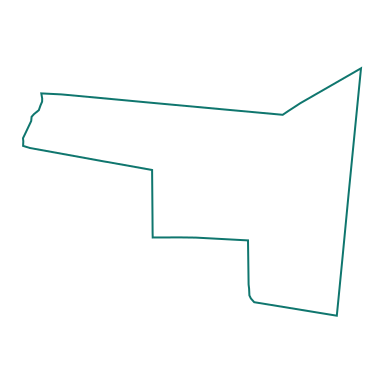 Afonso Bezerra, Rio Grande do Norte, Brazil
{"feature_id": "56859067B75768156452163", "entity_name": "Afonso Bezerra", "entity_type": "district", "adm_level": 2, "iso_a3": "BRA", "parent_name": "Brazil", "parent_adm1": "Rio Grande do Norte", "projection": "equal_earth", "projection_center": [-36.685, -5.484], "detail": "fine", "context": "isolated", "style": "outline", "palette": "teal", "viewbox_px": 384, "rotation_deg": 0, "n_neighbors": 0, "source": "geoboundaries", "source_scale": "gbopen_adm2", "svg_char_len": 634}
<svg xmlns="http://www.w3.org/2000/svg" viewBox="0 0 384 384"><path d="M23.1,145.9L29.9,148.0L104.9,161.6L107.4,162.0L152.1,170.0L152.5,217.7L152.6,232.4L152.7,237.5L179.8,237.4L195.8,237.6L242.2,240.1L248.0,240.4L248.6,284.5L249.1,288.8L249.4,295.4L250.9,298.5L254.2,302.2L318.4,312.7L336.8,315.7L338.8,295.5L342.6,256.7L348.5,195.1L361.0,68.3L300.3,103.2L291.1,109.2L288.3,111.0L282.7,114.8L223.5,109.4L145.2,102.2L124.0,100.2L64.7,94.7L61.3,94.4L41.3,93.4L42.2,98.6L42.1,101.7L40.5,105.4L38.8,110.2L34.0,114.1L31.6,116.8L31.2,121.0L25.0,134.1L23.0,138.2L23.3,141.4L23.1,145.9Z" fill="none" stroke="#0f766e" stroke-width="2"/></svg>